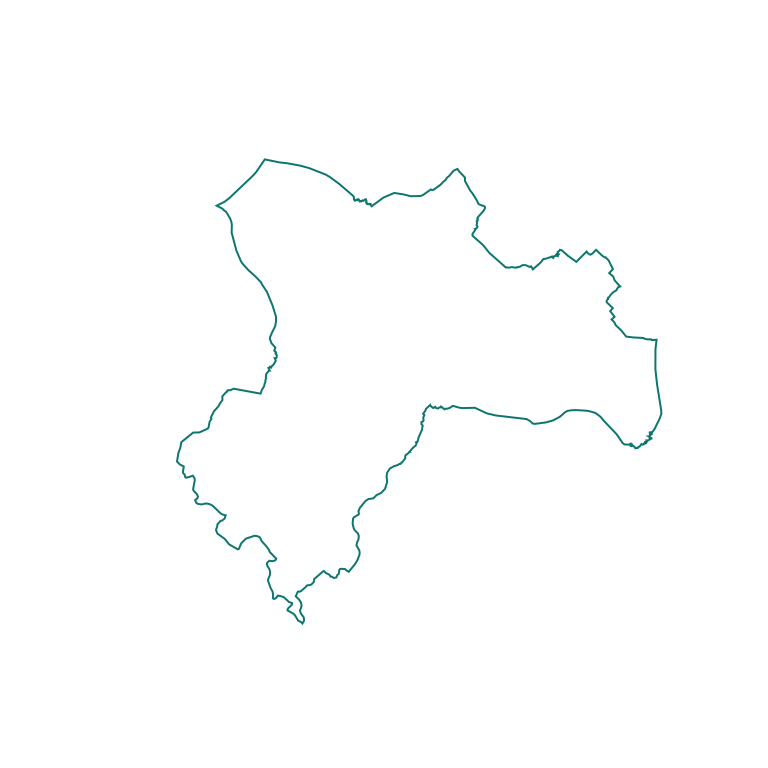 Sangkha, Surin, Thailand (Albers equal-area conic projection), rotated 39°
{"feature_id": "78962969B46327860609250", "entity_name": "Sangkha", "entity_type": "district", "adm_level": 2, "iso_a3": "THA", "parent_name": "Thailand", "parent_adm1": "Surin", "projection": "albers", "projection_center": [103.87, 14.543], "detail": "fine", "context": "isolated", "style": "outline", "palette": "teal", "viewbox_px": 768, "rotation_deg": 39, "n_neighbors": 0, "source": "geoboundaries", "source_scale": "gbopen_adm2", "svg_char_len": 6165}
<svg xmlns="http://www.w3.org/2000/svg" viewBox="0 0 768 768"><g transform="rotate(39 384 384)"><path d="M619.7,275.8L621.4,274.0L621.1,273.7L621.3,272.7L622.0,271.9L621.9,268.6L622.8,268.6L623.5,268.0L623.5,266.1L624.2,266.2L624.2,265.6L624.9,265.0L624.6,264.5L623.8,265.1L623.3,264.7L623.8,263.4L624.6,263.5L624.6,262.8L623.8,262.4L624.5,262.0L626.2,258.1L625.7,257.7L624.6,258.9L624.0,258.2L622.5,258.3L623.5,257.4L622.4,255.9L623.2,255.8L623.2,255.4L622.0,255.4L621.6,255.0L623.5,254.7L623.6,254.3L621.8,253.5L622.8,252.7L622.6,248.8L620.0,237.4L618.3,232.6L616.1,230.1L596.7,212.7L585.4,201.5L572.9,185.9L568.0,178.1L564.6,181.2L563.8,181.0L562.8,182.0L562.2,182.0L561.3,183.2L557.5,185.0L556.6,185.0L548.2,191.1L542.4,194.7L534.3,193.0L527.2,192.5L524.2,191.1L520.2,190.6L520.9,186.7L513.9,185.0L514.1,181.1L505.7,180.3L504.8,179.4L504.4,178.0L504.8,177.0L503.8,175.9L504.3,174.9L504.0,172.1L504.3,168.7L505.7,164.8L505.3,164.1L505.1,161.4L506.2,159.6L498.0,158.3L494.4,156.2L489.2,156.1L489.7,150.7L480.8,146.6L476.6,146.1L476.4,146.5L473.3,147.0L464.3,146.3L463.9,151.3L463.0,153.7L460.1,154.1L458.1,153.6L456.6,168.0L446.3,168.6L437.9,168.2L436.3,169.0L436.6,169.7L435.9,171.9L437.3,173.3L438.2,173.1L438.2,174.8L438.6,175.3L437.3,175.8L436.4,175.0L436.4,177.2L434.9,178.7L436.0,179.0L436.2,179.5L434.0,179.9L430.8,184.9L429.2,186.6L429.3,191.1L427.5,201.2L424.3,200.0L423.6,201.3L419.2,202.5L416.8,204.5L415.8,207.5L414.9,208.3L414.7,209.0L413.9,209.4L413.5,210.5L409.9,212.6L407.6,215.2L406.0,216.0L405.5,216.8L383.2,215.8L373.7,213.7L359.6,213.1L358.3,211.7L358.0,207.4L357.7,206.1L357.2,206.1L357.9,204.8L357.7,202.9L355.9,202.2L355.1,200.5L353.6,199.1L354.0,198.2L353.3,196.9L352.8,196.5L352.6,196.9L352.3,196.6L352.0,194.9L352.4,186.7L351.9,184.1L351.2,183.0L350.2,182.7L345.5,184.4L343.7,184.5L340.9,183.0L332.9,180.2L329.3,179.4L319.2,175.3L317.0,172.6L308.5,171.5L305.7,170.6L303.8,174.6L303.7,181.4L303.1,184.3L303.5,186.4L302.8,189.6L302.6,193.3L300.3,201.7L299.3,203.0L298.0,203.3L295.3,212.8L294.0,215.0L286.5,221.3L279.8,224.4L271.7,229.1L266.3,239.4L262.5,253.7L261.3,253.5L260.3,252.5L259.1,253.2L259.0,253.9L257.9,254.7L257.1,254.2L256.5,254.6L255.5,253.8L255.4,253.0L253.7,251.8L253.2,252.5L252.7,254.6L252.0,254.5L251.4,256.2L250.9,256.3L250.6,257.2L250.0,256.8L248.2,257.6L248.3,256.5L247.9,256.4L246.3,258.4L246.3,259.6L245.9,259.9L244.4,259.4L242.6,257.4L241.2,257.2L223.4,256.7L211.9,257.2L207.0,257.9L190.0,263.3L181.5,267.0L169.1,273.8L163.4,277.5L150.0,284.5L151.3,299.7L151.1,304.2L146.9,336.1L145.5,342.5L141.8,350.7L148.2,349.4L149.9,349.8L152.8,349.5L160.0,352.1L163.3,354.0L165.7,356.2L170.3,362.2L185.0,373.0L195.5,378.6L198.9,379.6L206.5,380.8L216.9,381.4L224.5,382.4L226.6,383.4L235.1,386.1L247.9,393.1L257.5,399.5L260.7,403.3L263.1,407.7L264.8,415.4L266.0,419.2L266.8,420.7L270.8,423.1L276.7,424.1L277.8,427.2L279.5,427.1L279.8,427.6L280.5,427.6L280.6,428.6L282.5,429.0L283.8,430.9L283.8,431.8L282.8,432.7L285.2,433.9L286.0,438.3L285.6,439.9L285.9,442.4L284.5,442.3L284.5,443.7L284.1,444.3L286.8,445.5L286.2,446.0L286.2,450.4L288.1,453.4L288.8,453.8L289.6,456.0L290.6,457.0L290.9,458.6L292.3,461.4L292.8,465.5L294.1,469.2L270.1,482.3L268.3,485.8L266.8,486.8L266.4,487.6L267.0,488.6L266.5,489.1L266.1,495.3L268.5,498.1L268.7,502.2L269.4,505.5L269.0,512.2L270.6,519.2L271.8,519.6L272.2,523.0L275.0,528.2L275.1,529.6L271.0,537.8L266.3,541.8L263.1,556.7L265.9,561.9L267.6,566.9L271.9,574.5L276.1,575.0L280.3,574.1L283.2,579.1L284.1,579.7L286.2,579.9L288.4,581.6L289.0,581.5L291.3,578.6L293.1,575.6L295.8,576.3L297.5,577.8L301.8,585.8L303.0,586.7L308.0,587.4L310.3,588.6L310.9,590.3L310.3,593.1L312.9,594.5L314.8,594.3L318.0,592.4L320.9,588.8L323.8,587.2L327.5,586.4L338.2,587.4L340.7,587.0L343.6,585.7L344.8,588.8L344.2,591.8L343.0,593.7L342.9,598.0L343.9,599.4L345.3,603.2L348.7,605.1L357.8,604.6L364.6,606.1L374.5,604.5L375.0,603.6L373.3,597.7L374.0,591.1L378.9,583.4L381.7,581.8L384.2,581.3L387.8,583.1L394.5,584.1L398.4,585.1L401.1,586.5L410.0,587.5L410.5,588.5L410.3,589.9L408.6,592.1L406.2,593.4L405.7,596.3L406.3,597.7L408.0,598.8L411.4,600.0L413.4,601.3L415.7,604.5L416.7,608.3L417.5,609.7L424.1,613.8L427.9,615.4L430.5,617.6L432.3,620.2L433.2,620.5L434.1,620.0L434.8,618.0L434.6,615.3L436.9,614.0L440.3,612.7L447.5,613.2L450.4,612.1L451.3,613.4L450.7,618.6L450.9,619.8L451.6,620.7L457.6,619.6L460.2,619.7L466.1,621.9L469.8,621.2L471.3,621.5L471.0,618.8L470.3,617.6L468.4,615.8L463.9,614.7L461.3,613.0L459.8,608.7L458.5,607.2L456.6,605.9L453.5,604.9L449.0,604.5L447.8,599.9L447.9,599.3L449.0,598.6L449.7,597.5L450.9,591.4L450.9,589.0L453.3,586.4L453.7,585.5L454.1,582.2L452.5,579.5L454.6,567.8L455.3,567.1L457.6,567.5L461.5,566.6L463.8,567.3L464.6,566.5L467.0,566.4L468.7,564.4L468.0,562.1L468.3,559.9L466.2,556.4L466.2,555.6L467.2,554.4L470.3,552.3L472.3,552.5L474.8,552.1L474.8,542.1L474.2,537.7L472.5,532.4L471.4,530.6L469.5,528.8L464.2,526.8L462.7,523.9L462.0,520.9L460.0,517.9L457.9,516.6L452.9,516.0L451.4,515.3L447.6,512.4L444.6,508.0L444.6,506.3L446.4,501.5L446.2,500.7L444.1,498.7L443.2,495.6L443.2,486.7L444.3,483.2L447.7,479.6L448.1,475.1L450.3,470.5L450.8,464.8L448.1,458.1L444.1,454.1L442.3,451.1L441.7,446.0L443.5,441.6L445.8,438.1L446.3,436.4L447.1,435.8L447.0,433.9L447.4,433.6L447.3,428.5L445.8,426.6L445.6,425.1L446.2,424.1L446.5,421.0L446.9,420.5L446.4,420.4L446.7,414.8L447.4,412.0L446.4,409.0L445.6,409.0L446.3,407.5L444.7,404.2L442.4,395.9L440.2,391.9L438.4,391.7L437.0,389.9L437.7,389.1L437.7,387.4L435.6,385.4L435.0,382.8L433.1,382.4L433.0,379.1L432.3,376.8L433.1,371.2L434.3,371.8L437.4,371.7L438.1,369.5L439.5,369.9L441.4,369.1L441.8,367.3L442.9,366.4L442.6,365.6L447.0,365.6L447.6,364.2L448.8,363.3L450.2,361.0L451.1,358.1L451.8,357.4L457.7,354.9L460.2,353.3L469.6,345.3L482.4,342.1L490.7,338.1L516.9,321.5L520.6,320.9L524.4,321.1L526.2,320.2L533.8,312.2L538.3,305.9L541.3,298.8L542.5,292.0L543.5,289.5L546.4,286.2L550.5,282.8L558.5,277.1L561.7,275.4L566.7,273.4L573.1,273.2L578.3,274.3L596.7,276.7L606.9,279.8L609.0,279.6L612.4,277.1L613.2,275.3L614.5,276.9L615.2,276.6L614.4,275.7L614.7,274.9L616.6,275.4L618.6,275.2L619.7,275.8Z" fill="none" stroke="#0f766e" stroke-width="2"/></g></svg>